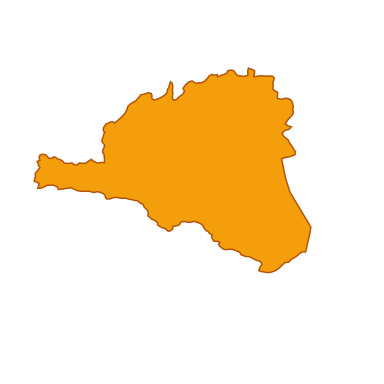 Trajano de Moraes, Rio de Janeiro, Brazil, rotated 60°
{"feature_id": "56859067B81893048284321", "entity_name": "Trajano de Moraes", "entity_type": "district", "adm_level": 2, "iso_a3": "BRA", "parent_name": "Brazil", "parent_adm1": "Rio de Janeiro", "projection": "equal_earth", "projection_center": [-42.183, -22.156], "detail": "fine", "context": "isolated", "style": "filled", "palette": "amber", "viewbox_px": 384, "rotation_deg": 60, "n_neighbors": 0, "source": "geoboundaries", "source_scale": "gbopen_adm2", "svg_char_len": 3674}
<svg xmlns="http://www.w3.org/2000/svg" viewBox="0 0 384 384"><g transform="rotate(60 192 192)"><path d="M88.1,310.8L90.6,311.1L92.5,311.8L94.9,311.5L96.5,315.6L97.4,318.6L99.9,319.4L101.8,321.5L103.8,323.3L106.3,321.1L108.7,320.3L110.0,321.9L111.7,323.7L113.0,321.1L113.7,317.8L113.8,314.2L115.0,311.5L116.6,308.8L118.5,307.4L120.1,306.1L123.1,306.4L125.0,302.1L125.9,299.3L126.8,297.0L127.7,294.8L130.1,293.0L132.7,291.2L134.4,289.7L136.1,287.3L138.2,283.9L139.6,281.0L141.3,279.4L143.5,277.1L144.3,273.9L146.7,271.3L148.9,269.7L151.8,269.0L153.6,269.8L155.4,269.3L156.7,267.1L157.4,263.8L158.4,261.1L159.8,258.7L161.4,257.4L162.8,255.1L164.0,252.7L166.4,250.5L168.3,248.2L170.6,246.0L172.2,243.5L174.4,243.0L176.3,241.9L178.2,240.5L181.0,241.0L183.3,240.4L185.4,239.7L188.5,240.4L190.7,242.1L193.3,241.1L195.5,240.5L198.0,238.4L200.8,237.2L203.3,238.2L205.8,237.2L208.8,235.0L211.0,232.9L212.9,232.9L214.8,231.2L214.5,227.3L212.1,225.6L213.4,223.1L214.1,219.1L212.3,216.8L213.7,213.4L216.0,210.9L217.4,208.7L218.4,205.0L221.0,202.5L223.2,200.9L225.7,199.3L227.7,199.6L229.9,199.6L232.6,199.0L234.4,197.8L236.5,197.6L239.0,196.1L240.6,197.5L242.6,197.8L245.6,197.6L247.3,195.0L249.3,193.0L250.8,195.4L254.1,194.7L257.3,193.4L259.2,191.0L260.0,188.7L261.7,185.8L264.1,183.8L266.7,181.7L268.9,180.7L270.8,180.9L273.0,179.2L275.1,177.3L276.7,174.5L278.5,173.6L281.0,171.8L283.4,170.4L284.8,168.7L286.7,167.5L289.6,167.4L291.0,170.6L293.4,173.5L295.7,171.6L297.1,169.8L299.7,166.8L301.1,163.2L301.8,159.4L301.6,155.2L300.5,151.1L299.7,146.8L301.1,142.6L299.9,139.8L300.1,136.6L299.8,133.0L299.0,129.2L299.3,125.7L300.7,123.5L286.1,110.1L281.8,106.6L246.0,107.2L240.3,107.1L231.0,105.0L227.9,104.4L208.1,97.9L208.6,94.5L209.8,91.2L210.7,87.7L211.3,84.2L208.9,82.2L206.2,82.5L203.5,82.5L200.7,82.8L197.4,83.0L194.8,82.6L191.9,84.0L188.8,84.9L186.1,84.6L185.2,80.9L186.2,76.6L185.2,73.4L182.7,75.9L179.7,77.1L177.7,73.8L176.7,70.9L176.0,68.3L175.2,66.0L173.3,64.1L171.0,63.6L169.1,61.8L167.1,61.2L165.2,60.4L162.6,60.3L160.3,61.0L157.7,63.7L156.3,68.7L153.5,71.2L150.9,69.6L148.5,68.0L146.2,69.4L143.7,70.5L141.8,69.7L140.1,68.2L137.8,67.5L136.4,65.6L134.4,63.7L131.9,64.4L130.6,66.4L129.2,69.0L127.7,71.6L125.7,74.1L124.6,77.2L122.9,80.8L120.4,78.4L118.4,77.2L116.2,78.5L114.7,79.9L113.0,81.2L114.7,83.0L116.6,83.9L118.9,85.4L117.8,89.4L116.2,91.4L114.5,93.6L112.6,94.9L110.2,94.8L107.2,95.7L105.5,98.1L104.9,100.5L106.5,102.4L106.2,105.3L105.4,109.0L105.1,112.1L102.9,111.5L102.1,114.2L100.1,115.9L99.9,118.9L101.4,122.2L102.3,125.3L102.2,128.7L100.8,131.3L100.3,133.8L98.0,135.4L95.8,136.4L95.1,139.9L96.0,144.0L97.8,148.0L101.1,148.2L102.7,151.1L103.0,155.2L104.1,158.9L103.5,161.9L101.1,162.1L98.7,160.6L96.7,159.0L94.2,158.3L92.1,156.6L90.3,155.5L87.9,154.9L85.7,155.5L87.6,157.5L89.8,159.8L91.1,162.2L93.1,163.4L94.5,167.4L94.6,172.1L94.2,175.9L93.4,178.9L90.7,180.0L88.7,178.5L86.2,178.1L84.2,180.1L83.5,184.1L82.2,187.5L83.4,190.6L84.1,192.9L85.0,195.4L84.9,198.0L85.0,201.9L86.0,205.0L88.1,207.0L90.1,210.3L91.6,214.5L92.5,218.3L93.0,221.6L93.9,224.3L91.6,225.4L90.6,227.8L90.1,232.1L91.1,234.7L92.3,236.7L94.4,238.1L96.7,237.7L97.9,239.6L99.8,241.3L101.4,243.4L103.2,244.8L105.5,244.5L107.4,244.2L109.3,245.6L111.0,248.2L113.1,249.5L116.2,249.6L119.4,251.2L122.9,253.1L120.9,255.8L119.9,259.2L117.3,261.1L115.3,262.4L113.3,262.8L113.5,265.6L113.9,269.8L112.1,273.0L110.5,275.0L111.1,278.1L109.7,280.2L106.8,281.4L105.8,284.0L104.4,286.6L103.0,288.1L100.6,288.6L98.5,289.6L96.5,291.7L94.3,292.6L92.4,293.8L92.8,296.4L91.3,299.0L88.4,299.6L86.4,300.2L84.5,302.7L84.0,305.4L86.0,307.4L88.5,307.9L88.1,310.8Z" fill="#f59e0b" stroke="#b45309" stroke-width="1.5"/></g></svg>